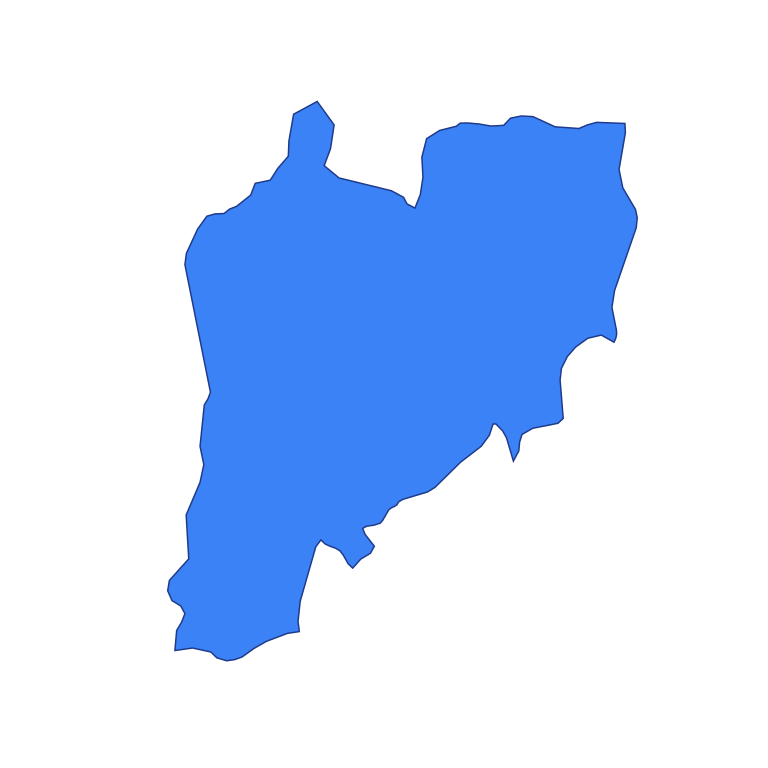 the Region of Samtskhe-Javakheti, rotated 281°
{"feature_id": "GEO-3038", "entity_name": "Samtskhe-Javakheti", "entity_type": "Region", "adm_level": 1, "iso_a3": "GEO", "parent_name": "Georgia", "parent_adm1": "", "projection": "mercator", "projection_center": [43.25, 41.511], "detail": "fine", "context": "isolated", "style": "filled", "palette": "blue", "viewbox_px": 768, "rotation_deg": 281, "n_neighbors": 0, "source": "natural_earth", "source_scale": "10m", "svg_char_len": 1758}
<svg xmlns="http://www.w3.org/2000/svg" viewBox="0 0 768 768"><g transform="rotate(281 384 384)"><path d="M222.9,405.5L215.3,403.0L207.7,394.6L197.3,388.4L200.7,383.1L208.7,376.3L211.9,372.4L213.6,367.6L214.4,362.2L215.7,356.8L218.9,351.8L211.2,348.1L154.8,343.2L134.5,344.9L126.5,347.6L124.8,348.1L120.8,336.8L109.0,317.7L99.5,306.7L89.0,296.8L85.0,290.1L82.3,282.4L83.3,272.2L87.9,265.1L88.3,246.4L84.3,234.9L82.5,229.6L102.5,227.5L111.4,230.7L120.6,232.4L127.3,226.9L130.9,217.2L139.8,211.1L150.2,210.8L175.1,225.7L217.7,214.8L252.4,222.2L270.5,222.5L287.8,215.3L329.2,211.6L336.0,214.1L342.8,215.2L463.2,165.8L474.5,165.1L500.6,171.5L514.9,178.1L518.7,185.6L520.8,194.4L526.2,199.0L530.2,205.3L544.0,217.1L556.4,219.3L562.4,233.5L575.4,238.6L589.3,246.6L604.5,244.3L631.6,243.8L648.6,264.5L628.8,285.6L604.7,286.6L586.9,283.6L577.7,300.5L575.1,354.4L571.0,367.6L565.2,372.2L562.6,380.8L576.7,383.5L594.4,382.8L613.8,377.9L633.0,379.0L643.5,390.2L650.8,405.8L654.6,409.0L656.2,416.4L657.4,428.0L657.6,439.7L660.7,452.1L669.1,457.5L673.3,467.7L674.9,479.2L669.1,502.9L672.0,526.6L677.2,534.3L681.4,542.8L685.7,570.6L685.7,570.8L676.7,573.0L639.4,573.8L622.1,581.0L603.3,597.6L595.4,600.9L585.5,601.8L519.8,592.5L502.7,593.1L480.9,602.0L477.0,602.9L473.0,602.8L468.9,601.8L473.5,587.9L467.8,575.3L456.9,565.1L445.9,558.7L433.2,555.2L421.5,556.1L384.4,566.5L378.6,562.2L368.9,538.4L360.8,529.1L352.8,528.2L344.0,529.1L333.0,525.7L354.8,514.4L360.7,509.3L366.1,501.5L365.6,498.7L353.8,497.2L341.4,491.3L321.9,474.1L292.3,453.8L286.4,447.4L274.4,424.6L271.3,421.0L267.7,419.6L265.7,417.5L264.1,415.1L261.6,412.8L249.8,408.7L246.7,406.9L243.4,400.8L241.1,394.1L238.2,390.6L232.8,394.1L222.9,405.5Z" fill="#3b82f6" stroke="#1e3a8a" stroke-width="1.5"/></g></svg>